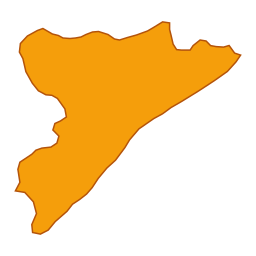 Koma tou Gialou, Cyprus
{"feature_id": "46923920B1495178663042", "entity_name": "Koma tou Gialou", "entity_type": "district", "adm_level": 2, "iso_a3": "CYP", "parent_name": "Cyprus", "parent_adm1": "", "projection": "orthographic", "projection_center": [34.126, 35.419], "detail": "fine", "context": "isolated", "style": "filled", "palette": "amber", "viewbox_px": 256, "rotation_deg": 0, "n_neighbors": 0, "source": "geoboundaries", "source_scale": "gbopen_adm2", "svg_char_len": 1110}
<svg xmlns="http://www.w3.org/2000/svg" viewBox="0 0 256 256"><path d="M169.6,22.9L162.6,21.9L153.5,27.5L147.5,31.0L136.5,35.0L127.5,37.5L119.5,40.0L114.5,39.0L108.0,34.5L98.5,31.5L92.5,32.0L86.0,34.5L81.0,37.0L75.5,38.0L70.0,38.5L63.0,38.0L58.4,35.5L52.4,34.0L42.9,28.5L37.4,30.5L27.4,36.0L20.4,43.5L19.4,52.1L22.9,58.6L25.9,71.7L32.4,83.3L38.4,90.8L45.9,94.8L51.9,95.3L57.4,98.4L64.9,108.9L66.4,117.0L60.4,121.0L54.9,123.5L52.9,130.0L58.9,136.1L56.9,143.1L50.9,147.1L41.9,148.1L35.9,150.2L31.9,154.2L25.9,158.2L19.9,162.2L17.9,169.3L18.9,175.8L19.9,182.3L15.4,190.9L24.8,192.4L33.4,201.8L36.5,213.6L31.8,224.6L32.6,232.5L40.4,234.1L48.2,230.1L55.3,221.5L67.0,211.3L72.5,204.2L79.6,199.5L86.6,194.0L92.1,187.7L98.3,178.3L106.9,168.0L115.5,160.2L124.9,147.6L129.6,139.8L139.0,128.8L153.9,118.5L162.5,113.8L171.1,107.5L182.0,101.2L198.5,91.0L214.1,80.8L227.4,71.4L236.0,61.9L240.6,55.1L234.6,53.1L229.1,45.5L223.6,47.1L216.1,46.6L210.6,45.6L206.1,41.0L200.1,40.0L193.1,45.6L190.1,50.1L181.6,50.1L176.6,49.6L173.1,44.1L171.1,35.5L169.6,29.5L169.6,22.9Z" fill="#f59e0b" stroke="#b45309" stroke-width="1.5"/></svg>